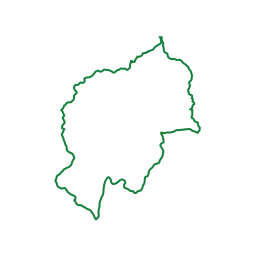 outline of Novo Cruzeiro, Minas Gerais, Brazil, rotated 197°
{"feature_id": "56859067B79443339621870", "entity_name": "Novo Cruzeiro", "entity_type": "district", "adm_level": 2, "iso_a3": "BRA", "parent_name": "Brazil", "parent_adm1": "Minas Gerais", "projection": "robinson", "projection_center": [-41.963, -17.365], "detail": "fine", "context": "isolated", "style": "outline", "palette": "green", "viewbox_px": 256, "rotation_deg": 197, "n_neighbors": 0, "source": "geoboundaries", "source_scale": "gbopen_adm2", "svg_char_len": 5818}
<svg xmlns="http://www.w3.org/2000/svg" viewBox="0 0 256 256"><g transform="rotate(197 128 128)"><path d="M96.8,77.5L96.3,79.3L96.3,81.3L96.7,82.9L97.1,84.3L97.1,86.1L96.5,86.7L95.7,87.3L95.1,88.1L95.0,89.2L95.0,90.1L95.3,91.6L95.3,92.9L95.1,94.0L94.4,95.3L93.6,96.7L93.0,97.8L92.6,98.9L92.3,100.2L91.5,101.5L90.4,102.1L89.3,102.7L88.4,103.5L88.0,104.5L88.2,106.1L87.7,107.7L87.2,109.0L86.9,110.5L86.8,111.9L87.1,113.2L87.2,114.6L87.2,115.7L87.9,116.9L89.0,117.9L90.1,118.9L91.1,119.9L92.0,120.8L92.0,122.0L91.4,123.1L90.7,123.9L90.0,124.4L89.9,125.6L90.5,126.7L91.3,128.1L92.0,129.5L92.9,130.7L93.8,131.4L94.5,132.0L94.9,133.1L94.0,133.6L93.2,133.4L92.1,133.5L91.2,133.9L90.3,134.5L89.5,135.0L88.6,135.4L87.3,135.7L85.6,136.4L84.1,137.3L83.3,137.8L81.6,139.6L80.6,140.3L79.8,140.5L78.6,141.0L77.6,141.4L76.6,141.8L75.8,142.2L73.7,143.0L72.8,143.6L71.8,143.7L70.6,144.4L69.0,145.0L68.0,144.9L67.1,144.7L66.3,144.4L65.4,144.1L64.5,144.2L63.6,144.2L61.1,144.0L60.0,143.7L59.6,144.8L59.2,145.9L58.9,147.0L59.2,147.9L59.3,149.2L60.2,149.8L61.2,150.4L62.4,152.8L63.2,153.8L64.7,153.5L65.8,153.9L66.9,154.5L67.6,155.5L68.3,156.1L69.6,156.2L70.5,157.1L70.2,158.4L70.4,159.6L70.9,160.7L71.1,161.7L71.5,162.7L71.5,163.8L72.5,164.1L73.7,164.1L73.2,165.0L72.5,166.1L72.6,167.3L72.8,168.5L72.3,169.3L71.6,170.3L72.0,171.3L73.0,171.7L74.1,172.3L74.1,173.5L74.6,174.6L75.7,175.0L75.7,176.5L76.3,177.7L77.6,178.0L79.0,178.1L80.1,178.7L80.4,179.9L80.9,180.7L81.5,181.4L81.6,182.8L81.1,184.0L81.1,185.4L81.1,186.8L81.7,187.6L82.4,188.3L82.9,189.5L82.3,190.8L81.6,191.9L81.4,193.3L81.7,194.4L82.1,195.4L81.8,196.5L82.5,197.5L83.4,199.0L84.2,199.9L84.7,200.8L85.7,201.4L87.1,202.4L87.8,203.6L88.7,204.3L89.8,204.4L91.5,205.6L92.4,205.8L93.3,206.0L94.5,206.4L95.6,207.4L96.7,207.9L97.7,208.2L98.8,208.3L100.0,207.7L101.4,207.4L102.5,207.4L103.7,207.6L105.0,207.2L106.3,206.6L107.7,206.7L109.0,206.9L109.8,207.3L110.8,208.1L111.5,209.5L112.2,210.7L113.5,210.8L114.6,211.1L115.5,211.5L116.3,212.4L116.7,213.4L117.2,214.7L117.9,215.9L118.7,217.0L118.7,218.3L119.1,219.4L120.0,220.4L120.9,221.3L121.6,222.4L122.0,223.7L122.5,224.7L124.0,224.1L123.0,223.2L122.6,222.4L121.9,221.1L121.1,219.4L121.8,218.0L122.8,217.1L123.6,216.2L124.2,215.3L125.1,214.3L125.9,213.3L126.4,211.8L126.9,210.5L127.6,209.7L128.4,209.3L129.8,208.1L130.7,207.6L131.1,206.6L131.9,206.3L132.6,205.7L133.0,204.8L134.2,204.6L135.4,204.0L135.8,202.5L136.2,201.1L137.0,200.3L137.9,199.6L138.9,199.1L139.9,199.0L140.2,197.6L140.7,196.3L140.9,194.8L141.1,193.1L142.0,192.8L142.9,192.3L143.6,193.2L144.6,193.1L144.5,191.7L144.6,189.9L144.5,188.6L144.0,187.4L143.8,186.1L144.6,184.9L145.1,183.9L145.9,183.2L146.9,183.4L147.9,184.0L148.9,183.8L150.0,183.1L151.2,183.1L152.5,182.6L153.1,181.7L153.7,180.9L154.8,180.4L155.8,179.4L156.3,178.3L157.2,177.2L158.1,176.7L159.1,176.9L160.1,177.4L161.1,177.4L162.2,177.6L163.9,177.9L165.1,177.2L166.4,177.1L167.2,177.1L168.0,176.8L168.8,175.5L169.6,174.5L170.9,173.7L172.2,174.0L173.5,174.1L174.5,173.3L175.3,172.6L175.9,171.5L176.4,170.0L177.1,168.4L177.7,167.2L178.6,166.3L179.8,165.2L181.1,164.6L182.6,164.1L183.6,163.0L184.2,162.4L183.7,161.5L183.2,160.5L183.2,159.5L183.8,158.5L185.0,157.7L186.4,157.8L187.1,157.3L187.5,156.0L188.3,154.9L189.3,154.3L190.1,154.1L191.0,153.8L191.4,152.8L191.6,151.6L191.1,150.7L190.6,149.4L189.7,148.4L188.3,148.0L187.3,146.9L187.7,145.7L188.5,144.5L189.1,143.2L188.7,142.1L188.2,140.5L188.5,138.7L189.5,137.0L190.2,135.8L191.3,135.6L192.2,135.1L193.0,134.9L193.7,134.3L194.3,133.2L194.5,132.1L195.0,131.3L195.7,130.7L195.6,129.5L195.8,127.8L196.5,126.8L197.1,125.6L195.9,124.9L195.0,124.0L194.4,123.3L193.7,122.6L192.9,121.7L192.7,120.7L193.2,119.8L193.5,118.8L193.1,118.0L192.3,117.4L191.6,116.8L190.4,115.0L190.1,114.1L190.7,113.0L191.1,112.0L191.4,111.1L191.5,109.8L190.9,108.5L189.6,108.5L188.6,108.2L189.0,106.6L188.8,105.3L189.1,104.3L189.5,103.1L189.2,102.0L188.4,101.1L187.4,100.1L186.7,99.2L186.1,97.9L185.1,96.7L184.2,95.8L183.7,94.9L183.0,93.7L182.3,93.2L181.6,92.5L181.0,91.6L180.6,90.5L180.1,89.2L179.2,88.4L178.2,88.0L177.0,87.6L175.6,87.4L174.2,87.3L173.3,86.8L172.5,86.2L171.8,85.3L171.2,84.5L170.6,83.4L170.8,82.1L171.3,81.0L171.5,79.0L171.5,78.0L171.5,76.8L171.7,75.8L172.4,74.5L172.9,73.5L173.9,72.7L175.1,72.0L175.8,70.9L176.8,70.1L177.4,69.2L177.7,68.2L178.3,67.0L179.1,65.7L179.6,64.6L179.9,63.7L180.9,62.9L181.6,61.8L181.9,60.8L181.9,59.4L181.8,57.7L182.0,56.4L181.4,55.6L180.6,55.0L180.0,54.2L179.5,53.3L178.8,52.3L177.8,51.5L175.3,50.7L174.0,50.7L172.8,51.1L172.0,51.6L171.1,52.1L170.0,51.8L169.0,50.9L167.8,50.0L166.7,49.0L165.5,48.5L164.3,48.2L163.0,47.7L162.0,47.7L160.6,47.5L159.3,47.3L158.5,47.0L157.7,45.8L157.7,44.4L158.3,43.2L156.8,42.4L156.3,41.5L155.4,40.7L154.4,40.2L153.2,39.7L152.0,40.0L150.9,40.3L149.8,40.4L149.0,40.1L147.8,39.7L146.2,39.5L145.3,39.2L144.1,38.8L141.2,38.5L140.0,38.3L138.9,37.7L137.9,36.7L136.9,36.0L135.9,35.2L135.0,34.3L134.3,33.5L133.6,32.6L132.8,31.9L131.9,31.3L131.4,32.1L130.7,33.3L130.2,34.3L130.3,35.4L130.9,37.0L131.5,38.5L131.8,39.4L132.0,40.3L132.1,41.7L132.4,45.1L132.6,46.1L133.1,47.1L133.3,48.4L133.2,49.9L133.2,51.0L133.2,52.3L133.0,53.7L132.9,54.7L132.6,55.7L132.5,57.1L132.7,59.4L133.0,60.5L133.3,61.6L133.5,62.7L134.0,65.4L134.1,66.7L134.2,67.8L134.2,69.4L134.2,70.5L133.9,71.8L133.5,73.3L133.1,74.2L132.5,75.1L131.2,75.1L130.2,74.2L129.3,73.5L128.8,72.4L128.1,71.2L126.9,70.3L125.7,70.1L124.6,70.6L123.6,71.4L122.5,72.4L121.6,73.7L120.9,74.9L120.3,75.8L119.4,76.7L118.5,77.1L117.1,77.0L116.0,76.6L115.2,76.1L114.5,74.9L114.9,73.7L115.0,72.6L114.9,71.7L114.6,70.8L113.8,69.8L112.1,69.8L110.6,69.6L109.6,69.4L108.4,68.9L107.2,68.5L104.4,69.0L103.6,68.2L102.4,67.8L101.4,68.2L100.7,69.3L100.2,70.3L98.5,71.3L97.6,72.0L97.1,72.9L96.8,74.1L96.8,75.2L96.8,76.4L96.8,77.5Z" fill="none" stroke="#15803d" stroke-width="2"/></g></svg>